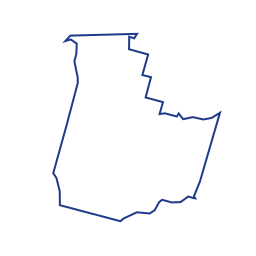 outline of Putnam, Florida, United States of America, rotated 196°
{"feature_id": "52423323B20904030146167", "entity_name": "Putnam", "entity_type": "district", "adm_level": 2, "iso_a3": "USA", "parent_name": "United States of America", "parent_adm1": "Florida", "projection": "equal_earth", "projection_center": [-81.769, 29.582], "detail": "fine", "context": "isolated", "style": "outline", "palette": "blue", "viewbox_px": 256, "rotation_deg": 196, "n_neighbors": 0, "source": "geoboundaries", "source_scale": "gbopen_adm2", "svg_char_len": 690}
<svg xmlns="http://www.w3.org/2000/svg" viewBox="0 0 256 256"><g transform="rotate(196 128 128)"><path d="M172.2,35.0L109.7,36.3L107.2,39.9L96.3,49.4L83.6,51.8L79.7,56.3L77.7,65.2L75.4,68.4L65.5,68.5L57.1,71.2L51.2,78.7L45.7,78.7L44.0,78.9L45.8,80.7L44.1,96.4L43.8,168.0L50.3,160.8L57.8,157.0L68.7,156.3L77.4,151.7L83.3,155.9L84.2,152.5L96.5,152.3L101.5,150.1L101.5,162.5L119.5,162.2L119.9,183.2L128.8,182.9L128.9,204.2L148.7,204.0L152.0,216.1L146.8,215.9L145.3,221.0L208.9,200.9L212.2,194.3L207.4,197.3L200.5,195.0L198.1,185.0L197.9,177.3L190.3,162.7L188.7,157.5L187.8,113.5L187.5,77.7L187.4,64.0L183.0,60.2L176.2,48.4L172.2,35.0Z" fill="none" stroke="#1e3a8a" stroke-width="2"/></g></svg>